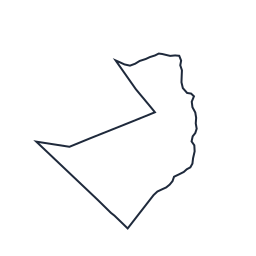 the district of Belém, Paraíba, Brazil, rotated 209°
{"feature_id": "56859067B74448928425646", "entity_name": "Belém", "entity_type": "district", "adm_level": 2, "iso_a3": "BRA", "parent_name": "Brazil", "parent_adm1": "Paraíba", "projection": "robinson", "projection_center": [-35.506, -6.712], "detail": "fine", "context": "isolated", "style": "outline", "palette": "slate", "viewbox_px": 256, "rotation_deg": 209, "n_neighbors": 0, "source": "geoboundaries", "source_scale": "gbopen_adm2", "svg_char_len": 844}
<svg xmlns="http://www.w3.org/2000/svg" viewBox="0 0 256 256"><g transform="rotate(209 128 128)"><path d="M85.7,187.7L89.5,188.7L93.3,187.3L99.4,189.5L103.4,193.9L106.2,199.4L108.8,204.6L112.7,208.2L114.2,212.7L118.2,216.0L122.0,214.3L126.1,211.5L129.3,210.6L134.0,209.3L137.2,208.0L139.6,204.5L143.2,200.7L145.9,197.0L150.3,192.3L152.9,187.7L156.5,183.5L161.9,181.9L167.4,181.5L171.6,181.1L139.9,165.7L117.5,157.0L112.1,154.8L127.9,135.2L156.3,100.4L170.1,83.2L201.6,71.6L119.8,50.5L101.8,45.5L97.4,44.8L79.6,40.0L73.1,81.8L71.5,86.7L68.4,91.0L65.8,94.5L64.1,98.7L63.3,103.1L64.1,107.7L60.9,112.2L57.9,116.6L56.6,120.4L54.4,123.8L54.4,128.1L56.4,133.0L58.4,139.9L61.6,145.0L65.9,147.1L67.4,152.1L66.7,156.2L67.6,160.7L71.0,164.9L73.3,169.9L76.7,174.2L81.7,177.4L85.0,181.9L85.7,187.7Z" fill="none" stroke="#1e293b" stroke-width="2"/></g></svg>